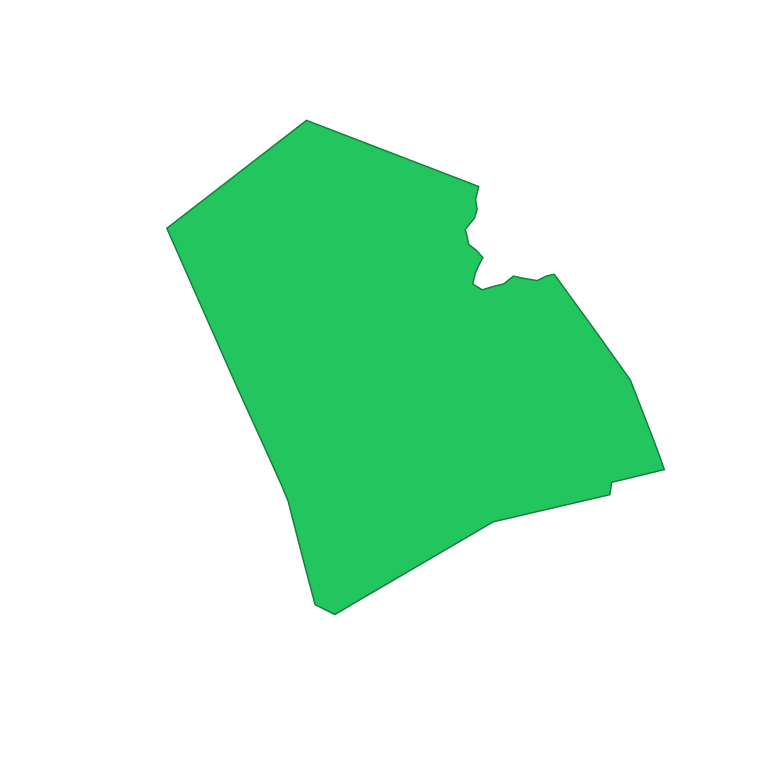 Vera Mendes, Piauí, Brazil, rotated 42°
{"feature_id": "56859067B19964079980967", "entity_name": "Vera Mendes", "entity_type": "district", "adm_level": 2, "iso_a3": "BRA", "parent_name": "Brazil", "parent_adm1": "Piauí", "projection": "natural_earth1", "projection_center": [-41.499, -7.609], "detail": "fine", "context": "isolated", "style": "filled", "palette": "green", "viewbox_px": 768, "rotation_deg": 42, "n_neighbors": 0, "source": "geoboundaries", "source_scale": "gbopen_adm2", "svg_char_len": 686}
<svg xmlns="http://www.w3.org/2000/svg" viewBox="0 0 768 768"><g transform="rotate(42 384 384)"><path d="M480.5,594.1L501.8,588.2L509.9,562.2L539.8,468.5L557.4,413.3L625.9,315.1L619.0,304.7L649.6,260.0L637.1,253.2L622.4,245.5L564.4,216.2L526.2,207.7L505.9,203.2L437.1,188.6L432.5,195.0L428.6,204.7L416.3,212.5L408.0,217.2L406.0,229.5L399.9,238.5L393.9,248.4L383.0,250.3L378.0,241.1L374.8,231.8L372.9,223.9L363.2,222.9L353.6,223.6L347.5,219.1L341.0,214.8L340.2,199.8L336.2,191.7L328.9,186.0L322.2,173.9L155.9,237.7L150.0,239.9L118.4,413.6L277.2,484.8L335.9,510.3L375.7,527.8L391.1,535.2L396.2,538.6L446.6,572.0L480.5,594.1Z" fill="#22c55e" stroke="#15803d" stroke-width="1.5"/></g></svg>